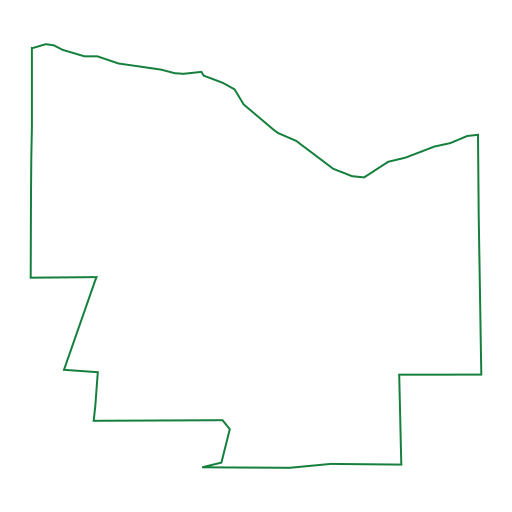 outline of Monroe, New York, United States of America
{"feature_id": "52423323B52767364873789", "entity_name": "Monroe", "entity_type": "district", "adm_level": 2, "iso_a3": "USA", "parent_name": "United States of America", "parent_adm1": "New York", "projection": "mercator", "projection_center": [-77.731, 43.155], "detail": "fine", "context": "isolated", "style": "outline", "palette": "green", "viewbox_px": 512, "rotation_deg": 0, "n_neighbors": 0, "source": "geoboundaries", "source_scale": "gbopen_adm2", "svg_char_len": 717}
<svg xmlns="http://www.w3.org/2000/svg" viewBox="0 0 512 512"><path d="M30.7,277.7L96.5,277.1L94.9,281.3L64.0,369.8L97.8,372.2L95.3,405.9L93.7,420.8L222.5,420.2L229.8,429.2L221.4,462.6L202.2,467.3L289.7,467.8L330.9,463.9L401.3,464.6L399.2,374.7L481.3,374.6L478.7,215.1L478.0,134.8L467.2,136.0L450.3,143.1L434.2,146.6L405.6,157.6L388.1,161.8L364.1,177.4L352.0,176.2L333.2,168.8L315.2,155.2L300.8,144.4L296.4,141.0L278.0,133.0L273.3,129.5L243.7,104.5L234.6,89.4L222.7,82.8L203.8,75.7L201.4,71.9L183.5,73.8L174.6,73.2L166.4,71.0L160.9,69.6L118.5,63.5L97.3,56.3L84.4,56.3L62.7,49.9L53.8,45.3L45.7,44.2L32.5,48.1L31.9,48.0L31.9,127.5L31.3,157.4L31.0,192.2L30.7,277.7Z" fill="none" stroke="#15803d" stroke-width="2"/></svg>